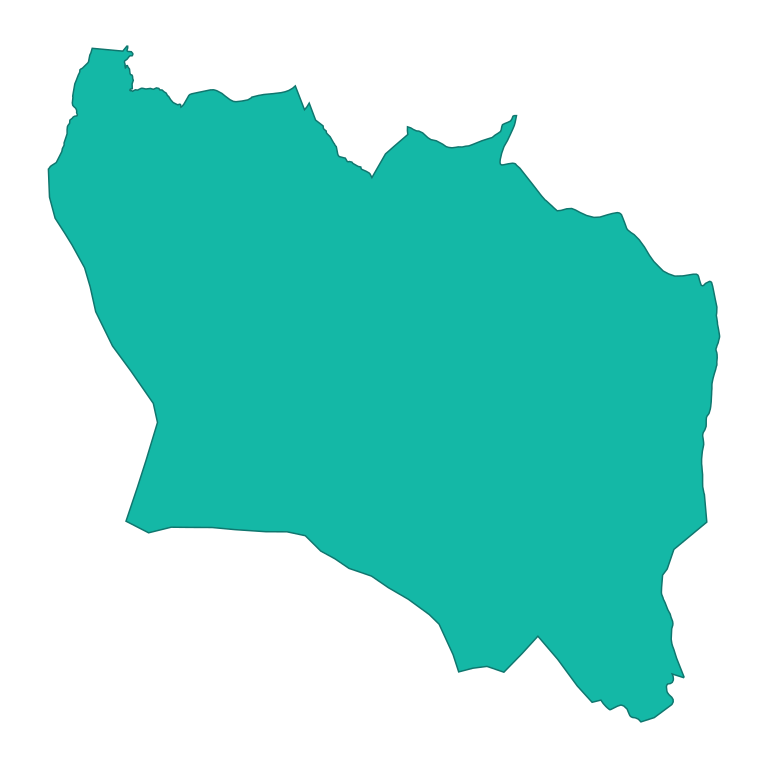 the district of Abuakwa North, Eastern, Ghana
{"feature_id": "2480657B42374646075926", "entity_name": "Abuakwa North", "entity_type": "district", "adm_level": 2, "iso_a3": "GHA", "parent_name": "Ghana", "parent_adm1": "Eastern", "projection": "equal_earth", "projection_center": [-0.382, 6.235], "detail": "fine", "context": "isolated", "style": "filled", "palette": "teal", "viewbox_px": 768, "rotation_deg": 0, "n_neighbors": 0, "source": "geoboundaries", "source_scale": "gbopen_adm2", "svg_char_len": 5936}
<svg xmlns="http://www.w3.org/2000/svg" viewBox="0 0 768 768"><path d="M516.5,115.6L514.9,115.6L514.0,115.7L512.9,116.3L511.9,119.0L510.5,121.0L507.9,122.3L504.6,123.6L502.5,124.7L501.8,126.6L501.2,129.8L500.5,131.5L498.3,133.1L495.1,135.1L492.2,137.5L488.6,138.6L481.8,140.8L472.1,144.7L468.8,145.9L465.7,146.2L463.5,146.7L462.2,147.0L458.1,146.9L455.9,147.3L452.0,147.8L448.6,147.4L446.1,146.6L442.7,144.2L436.3,140.8L430.9,139.6L427.9,137.7L422.7,132.9L418.9,131.1L416.5,130.9L413.4,129.5L410.8,127.9L407.5,126.8L407.4,130.7L407.8,134.5L394.1,146.3L385.5,153.9L371.9,177.6L370.1,174.0L369.2,173.0L366.0,171.2L361.9,169.4L361.2,168.8L360.8,167.0L358.1,166.4L352.9,163.4L351.9,162.1L349.4,161.5L348.1,161.8L347.2,161.4L345.3,158.1L344.3,157.9L339.3,156.6L338.4,155.6L337.8,154.4L336.3,146.7L335.0,145.2L334.5,144.0L333.7,143.0L330.1,136.7L327.1,133.7L326.4,132.7L326.2,131.0L324.1,129.3L323.4,128.3L323.1,125.9L315.6,120.1L309.2,103.1L306.9,106.9L304.5,109.7L295.3,85.9L292.7,88.2L291.0,89.2L288.7,90.5L285.0,91.8L281.0,92.7L275.0,93.4L273.5,93.6L263.9,94.5L260.2,95.2L258.8,95.4L253.2,96.8L251.7,97.2L251.4,97.8L250.5,98.3L249.4,99.0L247.8,99.9L242.1,101.0L240.6,101.2L236.0,101.7L233.4,101.4L230.0,99.7L225.2,96.1L221.9,93.4L217.2,90.9L215.9,90.4L213.7,89.8L210.4,89.9L199.3,92.2L198.3,92.4L191.8,93.8L189.9,94.5L188.8,95.5L187.3,98.2L183.9,104.1L182.3,106.1L181.0,107.1L180.5,104.5L179.8,104.2L179.1,104.4L178.6,104.5L177.9,104.8L177.5,104.7L176.0,104.0L173.1,102.5L170.6,99.6L168.5,96.2L167.6,95.8L166.2,93.1L164.1,91.8L162.1,90.0L159.9,89.9L158.8,88.4L156.4,87.9L153.3,89.3L150.4,88.4L145.9,89.0L142.8,88.3L141.2,88.3L137.6,90.1L135.3,89.8L132.5,91.3L131.7,90.7L130.3,90.7L129.9,90.3L130.0,89.8L130.3,89.2L132.3,88.7L132.1,83.9L133.3,80.3L132.8,78.9L132.5,76.1L131.9,75.0L130.6,74.6L130.0,73.4L129.5,69.1L127.9,66.9L127.4,65.6L126.6,65.6L126.0,66.0L126.0,67.5L125.4,67.9L124.9,65.6L125.1,64.5L124.4,62.1L124.7,60.9L127.0,59.3L129.4,56.2L130.3,55.8L132.1,55.8L132.8,54.7L132.8,53.5L131.3,51.7L127.8,51.4L127.2,50.8L127.0,50.2L127.7,48.0L127.7,46.2L126.9,46.1L122.8,51.1L118.2,50.7L92.2,48.3L90.9,52.8L89.8,55.1L88.5,61.8L87.8,62.9L82.4,68.2L80.7,69.1L79.9,69.9L79.8,71.7L79.4,72.9L78.4,74.8L77.3,77.6L76.2,80.5L75.7,81.7L74.8,83.9L73.3,92.5L72.7,96.2L72.9,97.5L72.4,102.3L72.3,102.7L72.4,103.5L72.7,105.2L73.6,106.4L75.6,108.2L76.5,109.9L76.7,111.4L76.6,112.7L77.4,114.9L77.0,115.8L74.4,116.3L73.0,117.2L72.3,118.2L69.9,120.1L69.6,123.3L68.0,125.4L67.4,126.7L67.1,129.6L67.1,133.8L64.1,142.8L64.1,145.2L63.6,146.2L62.4,148.5L61.8,151.6L56.9,161.3L56.2,162.6L52.1,165.2L50.4,166.4L48.7,168.9L48.4,169.1L49.5,197.2L55.1,218.2L64.9,233.4L72.0,244.9L84.6,267.8L90.2,286.9L95.7,311.7L112.5,346.0L130.8,370.9L153.3,403.4L157.5,422.5L146.0,460.5L137.5,487.0L126.0,521.2L148.6,532.8L171.2,527.2L189.6,527.4L212.1,527.5L234.7,529.6L265.8,531.7L287.0,531.8L305.3,535.7L320.8,551.1L334.9,558.8L349.0,568.4L359.9,572.1L371.5,576.1L388.4,587.7L408.2,599.2L429.3,614.6L439.1,624.2L453.1,654.7L458.7,671.9L472.9,668.2L487.0,666.4L503.9,672.2L522.3,653.3L537.9,636.2L557.6,659.2L577.3,686.0L592.1,702.3L600.9,700.1L603.2,703.5L605.9,706.5L607.4,707.9L609.0,709.2L609.8,709.7L610.6,709.6L617.4,706.2L620.6,705.1L621.4,705.1L623.8,706.0L627.1,709.1L628.1,711.6L629.6,715.1L630.5,716.4L631.9,717.2L632.7,717.5L635.3,717.8L638.4,719.2L640.9,721.9L654.3,717.6L657.1,715.5L671.5,704.8L672.0,704.3L673.2,701.9L673.1,699.5L671.8,697.3L669.0,694.7L668.2,693.6L667.4,692.5L666.9,691.2L666.4,686.7L666.8,685.1L667.7,684.0L670.5,683.5L672.3,682.3L673.3,680.1L673.4,678.9L673.1,676.4L672.2,674.0L683.5,677.6L684.0,676.9L676.6,658.2L675.2,653.8L673.9,649.6L672.7,646.5L671.9,643.8L671.5,641.3L671.2,639.1L671.7,628.8L672.1,627.4L672.8,625.1L672.9,623.4L672.6,621.3L671.0,617.1L670.6,615.6L670.2,614.1L667.8,609.7L665.1,602.7L663.3,599.0L663.1,598.0L661.6,594.2L661.4,592.3L661.6,587.3L662.6,575.1L667.2,569.0L673.9,549.4L687.9,537.8L706.8,522.1L704.4,494.5L703.9,492.9L703.3,489.8L702.7,486.7L702.6,482.5L702.6,478.7L702.6,474.6L702.2,470.6L701.9,466.5L701.6,463.9L701.6,461.5L701.6,459.2L701.8,457.0L702.1,453.8L702.4,451.1L703.2,447.2L703.7,444.6L703.6,442.3L703.2,439.2L702.7,436.1L702.7,434.9L703.1,433.0L703.6,431.9L704.8,430.0L705.5,428.1L706.1,426.4L706.2,424.3L706.2,420.6L706.4,417.6L707.2,415.8L708.3,414.5L709.1,413.2L709.6,411.4L710.3,409.1L710.7,406.7L711.2,401.8L711.4,397.5L711.6,394.2L711.7,391.1L711.9,388.9L711.9,387.1L711.9,385.2L712.0,383.6L712.1,383.0L713.0,378.6L714.3,373.8L715.6,369.7L716.3,366.6L716.8,365.3L716.9,364.1L716.8,362.1L717.2,357.8L717.1,354.7L716.8,352.7L716.3,351.1L716.0,350.3L716.0,348.6L716.5,347.5L717.0,345.6L718.2,342.8L718.7,340.4L719.3,338.3L719.6,336.9L719.5,335.2L718.5,329.2L717.5,324.2L717.4,322.2L717.1,320.3L716.8,318.1L716.3,315.5L716.7,312.9L716.8,309.8L716.9,307.1L715.2,299.0L714.5,295.4L712.7,286.4L711.6,282.5L710.7,281.6L709.5,281.4L705.5,283.4L703.6,285.4L702.5,285.8L701.4,285.3L701.1,284.9L700.9,284.4L699.6,280.4L698.5,276.3L697.8,275.0L696.4,274.2L693.3,274.2L687.8,275.1L682.9,275.9L674.8,276.1L671.8,275.0L668.4,273.8L663.2,271.0L660.8,268.6L658.7,266.5L653.8,261.5L649.4,255.3L644.4,246.9L640.8,242.0L639.3,239.9L634.1,234.6L630.6,232.3L630.1,231.8L628.8,230.8L627.5,229.7L626.6,228.2L625.8,225.9L624.6,222.6L623.4,219.5L622.3,216.7L621.9,215.8L621.6,214.9L620.5,213.7L619.4,213.0L617.3,212.6L612.3,213.5L607.4,214.8L599.9,217.1L593.9,217.4L592.8,217.1L586.6,215.5L584.5,214.5L580.1,212.5L575.5,210.0L571.7,208.5L566.7,208.8L561.0,210.4L557.2,210.8L553.6,207.6L552.7,206.7L552.1,206.1L549.4,203.7L546.5,201.0L545.5,200.2L545.1,200.0L544.2,198.9L541.9,196.3L539.9,193.8L538.7,192.2L537.2,190.3L534.6,186.9L519.9,168.2L516.6,165.3L515.5,163.9L514.1,163.4L512.5,163.2L508.3,163.8L503.0,164.9L501.4,164.9L500.3,163.9L500.0,162.1L500.3,159.3L501.7,153.2L504.0,146.6L507.5,140.5L510.5,134.1L512.7,129.3L514.3,125.5L515.1,122.6L516.5,115.6Z" fill="#14b8a6" stroke="#0f766e" stroke-width="1.5"/></svg>